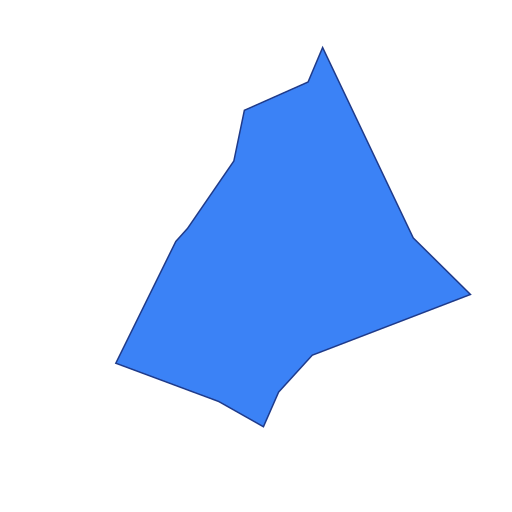 Hopewell, Virginia, United States of America (Natural Earth projection), rotated 153°
{"feature_id": "52423323B69617253106645", "entity_name": "Hopewell", "entity_type": "district", "adm_level": 2, "iso_a3": "USA", "parent_name": "United States of America", "parent_adm1": "Virginia", "projection": "natural_earth1", "projection_center": [-77.3, 37.288], "detail": "fine", "context": "isolated", "style": "filled", "palette": "blue", "viewbox_px": 512, "rotation_deg": 153, "n_neighbors": 0, "source": "geoboundaries", "source_scale": "gbopen_adm2", "svg_char_len": 337}
<svg xmlns="http://www.w3.org/2000/svg" viewBox="0 0 512 512"><g transform="rotate(153 256 256)"><path d="M82.4,124.4L107.7,200.7L102.0,411.5L130.6,387.4L200.2,391.1L232.6,350.7L304.4,311.7L320.8,305.4L429.6,224.1L355.3,143.3L326.9,100.5L297.6,124.5L250.9,142.1L82.4,124.4Z" fill="#3b82f6" stroke="#1e3a8a" stroke-width="1.5"/></g></svg>